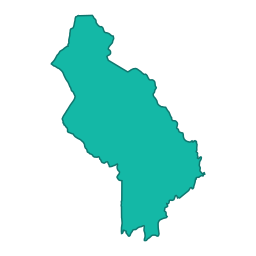 the district of Nicoadala, Zambezia, Mozambique
{"feature_id": "85939544B24973508625893", "entity_name": "Nicoadala", "entity_type": "district", "adm_level": 2, "iso_a3": "MOZ", "parent_name": "Mozambique", "parent_adm1": "Zambezia", "projection": "natural_earth1", "projection_center": [36.681, -17.573], "detail": "fine", "context": "isolated", "style": "filled", "palette": "teal", "viewbox_px": 256, "rotation_deg": 0, "n_neighbors": 0, "source": "geoboundaries", "source_scale": "gbopen_adm2", "svg_char_len": 5843}
<svg xmlns="http://www.w3.org/2000/svg" viewBox="0 0 256 256"><path d="M193.8,186.3L194.4,184.5L195.1,182.1L195.5,179.3L196.0,179.3L196.2,179.0L196.3,177.7L197.0,177.4L198.3,177.3L199.2,177.1L200.0,176.3L201.7,175.6L202.2,175.6L202.9,176.0L203.2,175.7L203.7,174.4L203.9,174.3L204.7,174.2L204.5,173.2L204.2,172.7L203.2,173.2L203.2,173.7L203.1,174.1L202.6,173.9L201.7,173.1L200.0,170.9L199.9,169.9L200.2,168.9L200.2,167.7L200.1,167.3L199.7,166.6L199.3,165.8L199.3,164.6L199.5,163.3L199.6,161.8L201.0,159.4L201.2,158.6L201.4,157.7L201.1,157.0L200.8,156.9L199.8,157.4L198.6,158.6L198.1,158.5L197.4,158.0L197.9,156.8L197.4,155.2L197.4,154.5L197.6,153.7L197.5,153.1L197.3,152.7L196.4,152.0L196.2,151.6L196.3,151.2L196.8,150.2L196.8,149.1L196.7,148.0L197.0,144.9L197.0,144.3L196.6,143.6L196.4,141.6L196.1,141.3L195.5,141.6L195.3,141.5L195.2,140.9L195.1,140.7L194.9,140.7L193.9,141.2L193.1,142.0L192.9,142.0L192.9,141.4L192.1,141.5L192.0,140.9L191.4,141.1L191.1,141.7L189.8,142.1L187.3,141.5L185.6,140.6L185.1,140.1L184.0,138.8L183.5,137.2L183.3,136.1L183.3,135.1L183.1,134.0L182.8,133.1L182.4,132.9L181.6,132.8L180.5,132.4L179.5,132.0L179.0,131.6L178.4,129.8L178.2,129.2L177.1,128.6L176.9,128.4L176.7,127.4L177.0,126.5L177.5,124.1L177.4,123.3L177.2,122.7L176.2,121.5L175.6,121.0L174.9,120.8L172.6,120.6L172.3,120.3L171.9,119.7L171.6,118.8L171.7,118.0L171.5,117.5L170.8,116.6L169.1,112.4L167.3,110.1L165.7,107.3L163.8,107.1L161.9,106.7L161.5,106.8L161.1,106.7L160.7,106.4L158.8,105.1L157.9,104.1L157.5,103.3L156.8,100.7L155.3,98.3L153.8,96.6L153.5,96.0L153.2,94.9L153.2,94.1L153.3,93.7L154.4,92.4L154.5,92.0L154.9,90.1L156.0,88.4L156.3,87.8L156.2,87.4L155.3,85.9L154.9,82.5L154.5,81.4L153.5,80.4L152.7,80.0L152.1,79.8L150.5,80.0L149.4,79.7L149.1,79.4L148.0,77.6L147.1,75.6L146.3,74.7L145.6,74.2L143.9,74.4L143.6,74.2L142.8,73.4L142.0,72.9L140.9,71.7L137.4,69.2L136.7,68.8L135.6,68.5L133.3,68.8L130.8,70.0L130.4,70.4L128.6,71.5L127.9,71.8L127.5,71.8L108.3,60.3L107.2,57.5L106.9,56.4L108.2,55.4L109.3,54.9L109.8,54.5L110.5,53.6L110.6,52.5L110.5,51.5L110.2,50.9L109.8,50.3L108.6,49.5L108.3,49.1L108.3,48.7L108.7,47.4L109.4,46.2L112.2,43.0L112.5,42.3L112.8,40.7L113.5,39.2L113.7,38.6L113.5,37.3L113.2,36.1L112.6,36.1L111.4,35.5L110.7,35.0L109.7,34.1L108.8,33.5L106.9,32.8L105.8,32.7L104.5,32.1L103.8,30.8L103.0,28.3L102.5,27.4L101.4,26.7L100.0,26.7L99.0,26.1L98.0,25.2L96.5,23.2L96.1,22.4L96.0,20.7L95.6,19.7L95.0,19.0L94.7,18.8L93.7,17.7L93.3,16.7L92.3,15.4L78.4,15.8L78.3,15.6L77.7,15.8L76.7,16.6L75.7,16.9L75.2,18.4L75.0,20.5L74.6,22.1L74.0,25.4L73.5,27.0L72.8,28.1L71.5,28.6L71.1,28.7L70.6,29.3L70.3,29.9L70.2,31.5L69.9,33.2L69.8,35.4L68.9,39.5L68.8,41.2L68.9,42.9L68.7,43.4L68.1,44.2L68.0,44.8L68.0,46.3L66.9,46.4L64.1,48.4L64.0,48.6L63.2,49.3L60.0,51.3L58.5,53.8L57.2,55.1L56.3,56.6L56.2,57.0L54.4,60.1L52.8,62.0L51.7,63.1L51.3,63.9L53.2,65.4L53.6,65.8L55.2,66.3L57.7,68.0L59.2,68.6L61.4,70.6L62.3,71.6L63.0,72.7L64.1,75.5L65.8,79.0L67.4,81.4L67.6,81.5L68.7,83.6L69.8,86.5L70.7,87.9L71.3,90.1L71.6,90.7L73.2,92.1L75.1,96.3L75.0,96.9L74.7,98.3L74.0,99.8L73.0,101.4L72.3,102.3L70.3,105.1L67.5,109.7L66.9,110.5L65.6,112.7L63.9,115.3L63.2,116.5L62.2,118.9L63.1,121.3L63.0,122.8L63.1,123.0L63.7,123.3L63.9,123.8L63.9,124.7L64.2,125.0L64.9,125.3L66.1,127.1L66.9,127.8L67.2,128.2L67.6,129.6L67.5,131.2L67.9,132.0L69.1,132.6L69.7,132.7L71.5,133.5L72.9,133.9L73.3,134.2L73.6,134.8L74.4,135.8L75.2,136.7L77.7,138.3L80.5,139.7L82.5,141.6L83.3,142.2L84.4,144.2L84.8,146.6L85.2,147.6L85.5,148.2L86.0,148.5L86.6,149.3L87.0,150.2L87.3,151.8L87.6,152.1L87.9,152.3L88.6,152.4L88.9,152.7L89.2,153.3L89.7,153.7L90.5,153.9L91.9,154.6L92.6,155.2L93.1,156.2L94.3,157.0L96.8,157.2L97.6,157.1L98.2,156.7L98.7,156.7L99.4,157.6L99.9,159.2L100.6,159.7L101.5,161.8L102.2,162.5L103.9,163.1L104.4,163.1L106.1,162.0L107.0,161.8L107.4,161.8L107.9,162.4L108.2,163.5L109.1,165.1L109.4,166.6L109.7,166.7L110.8,166.6L112.1,166.3L113.7,165.6L114.9,165.3L116.2,164.4L117.4,164.1L117.6,164.8L117.4,165.1L117.1,166.9L117.2,168.2L117.7,169.8L118.5,170.8L119.4,171.6L119.5,172.2L119.3,173.3L118.9,174.1L118.1,175.0L117.1,176.7L117.0,177.1L117.2,177.7L118.1,179.1L118.9,180.0L119.9,180.4L121.9,180.7L121.8,200.4L121.8,200.8L121.5,201.0L121.3,201.7L121.5,203.3L121.2,205.2L121.2,206.0L121.4,206.4L121.5,206.5L121.6,217.7L121.8,218.6L122.1,222.9L122.1,223.5L121.5,227.6L121.4,231.4L121.6,233.5L122.3,233.3L122.6,233.0L123.1,231.8L123.3,230.3L123.7,230.2L124.0,230.2L124.9,230.8L126.0,231.1L126.3,231.9L126.1,232.1L126.0,232.5L126.5,233.5L127.0,233.9L128.4,235.9L129.0,236.2L129.6,235.9L130.0,235.5L130.7,233.7L131.3,232.6L132.1,231.6L132.8,230.2L133.7,229.7L135.8,229.5L138.0,227.7L139.5,227.0L141.2,226.7L143.1,225.8L143.8,225.7L144.0,225.7L144.2,226.1L144.3,226.6L144.0,229.4L144.0,230.5L144.8,233.0L145.1,235.5L145.0,237.2L144.4,239.0L144.3,239.9L144.4,240.5L144.7,240.6L145.7,240.6L146.5,240.3L147.6,238.9L149.6,237.6L151.7,235.6L152.6,235.2L153.8,235.1L155.5,235.2L156.9,236.0L157.4,236.1L158.1,236.0L158.8,234.9L159.0,233.6L158.7,231.8L158.6,230.6L158.4,229.4L158.2,227.6L158.1,224.0L158.2,222.8L158.4,222.2L159.0,221.0L160.1,219.8L163.5,218.3L166.1,217.7L166.5,217.4L167.2,216.6L166.4,215.7L166.1,214.9L166.1,213.0L166.0,212.5L165.7,211.9L165.3,211.6L164.5,211.1L164.4,210.7L164.7,209.6L164.8,208.3L165.0,207.9L165.3,207.5L166.9,206.9L167.6,206.3L167.5,205.4L167.0,204.6L166.8,203.7L167.3,203.9L167.6,203.9L168.4,203.5L168.8,203.1L169.0,202.5L169.3,201.1L169.2,200.9L169.5,200.5L169.8,200.3L170.9,200.1L172.0,200.4L172.8,200.2L173.8,199.7L174.1,199.2L175.4,195.7L175.6,195.6L176.3,195.5L176.6,195.8L177.0,196.4L177.5,197.8L177.9,197.4L178.1,197.4L179.0,197.9L179.5,198.0L179.7,197.9L188.7,190.5L189.3,189.4L189.8,188.7L190.1,188.1L190.4,187.8L190.9,187.6L191.6,187.6L192.0,188.6L192.7,188.8L193.5,187.9L193.7,187.3L193.8,186.3Z" fill="#14b8a6" stroke="#0f766e" stroke-width="1.5"/></svg>